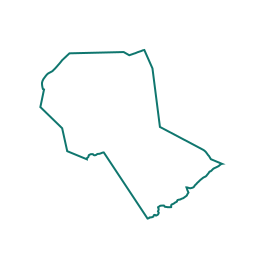 outline of Naranjito, Santa Bárbara, Honduras, rotated 67°
{"feature_id": "27666195B85306984826486", "entity_name": "Naranjito", "entity_type": "district", "adm_level": 2, "iso_a3": "HND", "parent_name": "Honduras", "parent_adm1": "Santa Bárbara", "projection": "mercator", "projection_center": [-88.571, 14.974], "detail": "fine", "context": "isolated", "style": "outline", "palette": "teal", "viewbox_px": 256, "rotation_deg": 67, "n_neighbors": 0, "source": "geoboundaries", "source_scale": "gbopen_adm2", "svg_char_len": 4738}
<svg xmlns="http://www.w3.org/2000/svg" viewBox="0 0 256 256"><g transform="rotate(67 128 128)"><path d="M102.5,188.7L125.6,193.0L140.7,178.1L140.4,178.0L140.2,177.9L139.9,177.7L139.7,177.5L139.7,177.4L139.6,177.2L139.6,176.9L139.5,176.7L139.2,175.9L139.0,175.7L138.8,175.5L138.5,175.3L138.2,175.1L137.9,174.9L137.8,174.7L137.7,174.6L137.7,173.9L137.6,173.5L137.5,172.8L137.9,171.6L138.0,171.3L138.2,170.9L138.6,170.4L139.2,170.3L139.5,170.1L139.9,169.7L140.2,169.0L140.3,167.8L140.1,167.1L140.0,166.4L140.1,165.7L140.3,165.2L140.5,164.8L140.6,164.1L140.7,163.2L140.7,161.7L140.7,161.2L140.8,160.8L141.0,159.9L141.3,159.8L219.0,145.4L219.1,145.1L219.1,144.5L219.1,144.3L219.1,144.1L219.1,143.8L219.0,143.7L218.8,143.3L218.8,143.2L218.8,142.9L218.9,142.7L219.0,142.5L219.1,142.4L219.2,142.1L219.2,141.9L219.2,141.6L219.3,141.3L219.4,141.2L219.5,140.8L219.5,140.5L219.5,140.1L219.5,139.7L219.4,139.5L219.4,139.3L219.4,139.2L219.2,139.1L219.0,138.9L218.9,138.8L218.7,138.6L218.5,138.4L218.4,138.2L218.3,137.9L218.3,137.7L218.5,137.3L218.6,137.1L218.8,136.9L219.2,136.8L219.3,136.7L219.5,136.5L219.5,136.4L219.6,136.2L219.6,135.8L219.6,135.7L219.5,135.3L219.5,134.9L219.4,134.5L219.3,134.1L219.2,134.0L218.8,133.5L218.7,133.5L218.6,133.4L218.5,133.2L218.4,133.1L218.2,133.0L218.0,132.9L217.9,132.8L217.7,132.8L217.2,132.9L216.7,133.0L216.4,133.0L216.2,132.8L216.0,132.5L215.5,132.0L215.2,131.7L214.9,131.6L214.6,131.5L214.3,131.4L214.0,131.4L213.8,131.4L213.3,131.4L213.1,131.4L212.9,131.3L212.7,131.3L212.6,131.2L212.6,130.9L212.7,130.7L212.6,130.4L212.5,130.1L212.3,129.6L212.3,129.3L212.2,129.1L212.2,128.9L212.2,128.6L212.3,128.2L212.5,127.6L213.2,125.7L213.3,125.5L213.4,125.3L213.5,125.3L213.6,125.2L213.9,125.1L214.1,125.0L214.4,124.9L214.4,125.0L214.6,125.0L214.8,124.9L215.0,124.7L215.2,124.4L215.5,123.8L215.7,123.5L215.8,123.3L216.1,122.8L216.3,122.6L216.4,122.4L216.5,122.1L217.1,120.8L217.4,120.0L217.6,119.5L217.7,119.3L217.7,119.2L217.3,119.0L216.7,118.8L216.5,118.7L216.3,118.6L216.0,118.4L215.9,118.3L215.8,118.2L215.7,118.1L215.6,117.9L215.5,117.7L215.5,117.2L215.5,116.9L215.5,116.6L215.5,116.0L215.4,115.5L215.4,115.1L215.3,114.6L215.2,114.3L215.1,114.2L215.0,113.7L215.0,113.3L215.0,112.9L215.0,112.7L214.9,112.3L214.9,112.0L214.8,111.9L214.7,111.8L214.7,111.6L214.4,111.4L214.2,111.2L213.9,110.8L213.8,110.7L213.7,110.5L213.7,110.4L213.8,109.9L213.8,109.4L214.1,108.4L214.1,108.1L214.2,107.8L214.2,107.6L214.2,107.3L214.1,107.1L214.1,106.8L214.1,106.6L214.1,105.5L214.2,104.4L214.1,104.2L213.3,100.7L213.2,100.5L213.1,100.2L212.8,99.9L212.4,99.5L212.3,99.3L212.1,99.1L211.9,98.9L211.7,98.5L211.5,98.3L211.3,98.0L211.1,97.6L209.2,97.6L207.9,97.6L206.6,97.4L205.5,97.4L205.6,97.1L206.3,96.2L207.3,95.0L207.4,94.8L207.6,94.6L207.8,94.2L207.9,93.8L207.9,93.7L208.1,92.5L208.2,91.6L208.0,90.6L207.8,90.0L207.7,89.9L207.4,89.6L207.1,89.1L206.9,88.8L206.5,87.7L206.1,86.7L206.0,86.4L205.6,85.8L205.5,85.5L205.4,85.2L205.3,84.9L205.2,84.7L205.2,84.4L204.7,83.3L204.2,82.0L204.1,81.7L204.0,81.4L203.8,80.7L203.4,79.2L203.2,78.7L203.2,78.4L203.1,78.1L203.1,77.9L203.0,77.3L203.0,76.7L203.0,76.0L202.9,75.6L202.9,75.4L202.9,75.2L202.7,74.8L202.6,74.4L202.1,73.6L201.6,72.6L201.2,71.8L200.9,71.3L200.6,70.9L200.4,70.7L200.2,70.2L200.1,69.8L200.0,69.6L200.0,69.4L200.1,69.2L200.1,68.9L200.1,68.6L199.9,68.1L199.8,67.8L199.8,67.6L199.5,67.1L199.3,66.5L199.1,66.1L198.9,65.5L198.8,65.2L198.8,64.8L198.8,64.6L198.7,64.4L198.7,64.0L198.7,63.7L198.7,63.4L198.7,63.0L198.7,62.8L198.7,62.5L198.6,62.0L198.6,61.8L198.6,61.1L198.6,60.5L198.5,60.2L198.5,59.9L198.4,59.3L198.3,58.8L198.2,58.6L198.1,58.4L197.9,57.6L197.7,57.0L197.7,56.8L197.7,56.5L197.6,56.2L197.6,55.9L197.7,55.5L189.1,63.9L186.9,64.2L186.2,64.3L185.4,64.4L184.9,64.6L184.4,64.8L183.6,65.0L183.2,65.1L182.5,65.2L181.5,65.5L180.6,65.7L179.8,66.0L179.0,66.4L178.6,66.6L177.9,67.0L176.5,68.1L139.5,98.2L82.7,82.2L62.6,82.5L62.4,83.5L62.3,83.9L62.3,84.2L62.3,85.0L62.3,85.7L62.3,86.3L62.2,87.0L62.1,88.1L62.1,88.8L62.0,89.3L62.0,89.9L62.0,91.0L62.0,91.7L62.0,92.2L61.9,92.9L61.8,94.1L61.8,94.6L61.5,98.4L56.4,102.3L36.4,152.7L39.8,162.0L40.9,164.0L42.0,166.1L42.7,167.6L43.5,169.2L44.8,172.0L45.0,172.5L45.3,173.3L45.8,174.6L46.1,175.2L46.1,175.4L46.2,175.9L46.4,178.1L46.5,179.5L46.6,179.8L46.6,180.2L46.7,180.7L46.9,181.1L47.0,181.4L47.1,181.7L47.2,182.0L47.6,182.7L48.0,183.5L48.9,185.0L49.4,185.9L49.7,186.3L50.0,186.9L50.3,187.2L50.6,187.5L51.0,188.0L51.4,188.4L51.6,188.6L51.9,188.8L52.2,189.0L52.4,189.2L52.8,189.5L53.2,189.7L53.5,189.8L54.0,190.0L54.9,190.3L55.6,190.5L56.9,190.8L57.5,190.9L58.2,191.0L58.7,191.1L58.8,191.0L59.0,191.0L59.1,190.9L59.1,190.7L59.3,190.5L59.7,190.4L59.8,190.3L74.5,200.5L102.5,188.7Z" fill="none" stroke="#0f766e" stroke-width="2"/></g></svg>